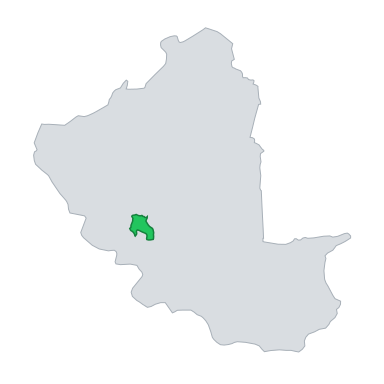 Zondoma on a map of Burkina Faso (Equal Earth projection), rotated 268°
{"feature_id": "BFA-2818", "entity_name": "Zondoma", "entity_type": "Province", "adm_level": 1, "iso_a3": "BFA", "parent_name": "Burkina Faso", "parent_adm1": "", "projection": "equal_earth", "projection_center": [-2.349, 13.173], "detail": "fine", "context": "in_parent", "style": "filled", "palette": "green", "viewbox_px": 384, "rotation_deg": 268, "n_neighbors": 0, "source": "natural_earth", "source_scale": "10m", "svg_char_len": 3986}
<svg xmlns="http://www.w3.org/2000/svg" viewBox="0 0 384 384"><g transform="rotate(268 192 192)"><path d="M294.3,261.5L283.6,262.1L279.8,263.6L277.4,263.7L277.3,262.4L277.1,261.6L263.6,257.3L254.2,254.7L244.6,251.9L244.1,254.5L242.7,256.3L240.7,256.4L239.2,256.0L238.3,258.0L236.7,260.7L234.5,262.1L232.3,263.7L231.1,265.2L230.2,265.2L228.0,261.8L225.1,261.4L219.7,262.0L217.2,261.1L213.9,260.6L206.0,261.3L193.5,259.9L191.4,260.7L190.9,261.3L178.4,261.4L164.7,261.6L153.2,261.8L143.2,261.9L143.2,261.3L140.0,261.2L139.6,262.4L136.8,276.3L136.4,283.9L137.9,288.6L139.6,291.5L141.6,292.8L141.7,294.5L140.2,296.6L140.3,298.9L142.1,301.2L142.6,303.6L141.7,306.1L141.9,312.2L143.2,321.9L143.3,328.2L142.0,331.1L142.6,336.0L145.1,342.9L145.5,345.8L144.6,347.2L142.5,349.0L140.5,348.9L138.0,344.7L137.0,342.9L135.0,338.6L133.4,334.3L131.1,332.5L128.9,330.7L126.2,325.3L123.6,322.7L120.9,323.5L116.9,322.4L108.8,321.1L100.1,321.5L96.5,322.7L93.0,324.7L83.9,329.1L80.4,331.2L77.7,336.7L74.6,336.5L71.5,334.8L69.6,332.3L65.5,332.9L61.5,330.5L57.7,325.7L54.9,324.2L51.3,320.8L50.3,314.3L48.0,309.7L45.9,303.4L42.8,300.6L39.2,299.1L34.2,299.4L31.0,296.8L28.4,293.1L29.1,289.9L30.3,285.4L30.4,281.0L31.2,273.9L30.8,265.0L29.9,258.8L32.7,256.2L35.8,253.9L37.8,249.7L39.9,240.2L40.8,232.1L40.2,229.1L39.1,226.7L38.3,223.1L37.9,218.8L38.4,215.1L40.9,211.6L43.9,208.7L46.0,207.3L51.7,205.9L58.7,203.7L62.8,201.3L65.8,198.8L67.5,196.9L69.2,192.9L71.9,189.9L74.0,186.8L74.3,178.1L74.3,173.2L72.8,170.5L71.9,168.2L82.4,161.4L82.5,156.7L81.1,151.4L79.0,147.1L78.3,143.4L81.2,139.1L83.8,135.8L85.6,133.0L89.7,128.8L94.0,127.7L97.9,129.3L109.3,139.2L111.3,139.9L113.7,139.1L116.7,136.5L120.6,134.4L122.1,127.8L121.9,118.0L122.8,113.5L124.9,112.7L131.5,114.6L133.2,114.7L135.1,114.1L136.5,112.3L136.4,109.2L136.1,106.4L138.3,97.3L142.2,90.5L150.1,82.0L152.5,80.3L155.4,79.4L169.6,85.3L171.9,83.8L175.3,69.3L179.1,68.0L183.8,67.7L186.7,66.5L188.3,65.5L195.0,60.0L206.9,52.5L213.2,49.3L214.5,48.1L219.0,42.8L225.1,36.7L228.9,35.5L234.3,35.0L237.6,36.0L238.5,37.7L239.7,38.6L246.6,36.0L256.6,40.1L265.2,44.2L264.7,46.8L264.7,51.3L264.0,58.5L263.1,67.1L266.7,72.7L271.0,78.7L272.2,81.0L271.1,86.9L271.9,90.4L274.2,96.1L278.0,103.5L282.0,111.0L284.8,112.0L287.4,112.6L288.9,114.0L291.3,115.3L293.6,116.1L295.6,117.8L296.9,119.4L298.5,124.1L303.0,127.1L306.1,130.2L304.9,131.7L301.0,131.1L297.3,129.8L296.9,132.0L296.8,140.5L297.4,147.7L298.2,148.6L301.9,149.9L310.7,159.2L318.6,167.9L321.3,170.2L325.7,171.1L330.6,171.5L332.7,170.6L337.4,166.2L340.0,165.7L342.3,165.9L343.6,166.6L345.9,170.2L348.0,175.6L348.7,179.6L348.5,181.8L347.8,182.6L343.9,183.6L342.2,184.5L341.8,185.6L342.4,188.3L343.2,190.1L347.5,197.9L353.7,208.5L355.6,211.2L354.5,214.4L351.4,222.7L349.1,226.1L338.8,237.9L333.8,236.5L323.1,238.9L321.5,236.2L319.0,235.8L315.9,236.3L314.8,237.3L314.5,238.4L313.4,240.1L311.5,244.7L309.9,245.9L308.1,246.6L305.7,246.5L304.4,247.1L304.4,249.4L304.0,251.4L302.4,252.4L301.8,254.7L301.9,256.9L301.0,257.9L299.0,257.4L297.8,256.8L296.7,259.6L295.3,261.6L294.3,261.5Z" fill="#d9dde1" stroke="#a8b0b8" stroke-width="1"/><path d="M168.9,146.4L167.6,146.3L165.9,145.4L164.5,144.9L160.6,147.1L159.0,148.4L157.0,151.2L155.9,151.7L153.9,152.1L152.5,152.3L151.0,152.0L148.8,152.1L146.9,151.9L146.0,151.6L145.6,148.9L145.6,146.8L146.1,145.2L147.0,145.0L148.9,145.4L150.2,145.5L151.6,145.0L152.5,143.7L153.8,140.8L155.6,137.5L156.0,136.0L155.2,135.3L154.0,135.0L153.0,135.3L151.9,135.2L150.8,134.5L149.9,133.7L150.3,133.4L151.9,133.0L152.9,132.5L153.9,131.8L154.7,130.9L155.1,130.4L155.4,129.8L156.1,129.2L157.7,128.5L158.2,129.0L158.7,129.7L160.9,129.9L164.5,131.5L165.7,131.8L166.9,131.8L167.6,132.1L169.7,131.0L170.5,131.4L170.8,132.1L170.9,133.0L171.0,134.0L171.5,135.4L170.4,137.5L170.0,139.2L170.0,139.7L170.2,140.5L170.3,140.9L170.2,141.4L169.9,141.6L169.7,141.6L169.4,141.9L169.2,143.1L169.0,143.4L168.4,143.7L168.3,143.8L168.1,145.5L168.9,146.4Z" fill="#22c55e" stroke="#15803d" stroke-width="1.5"/></g></svg>